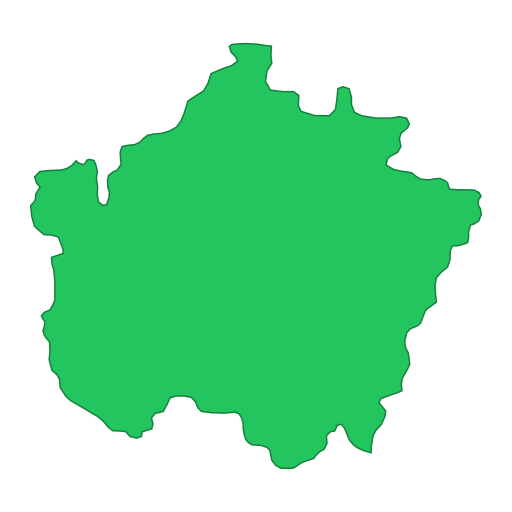 Dzyatlava, Grodno, Belarus
{"feature_id": "67162791B37208014069458", "entity_name": "Dzyatlava", "entity_type": "district", "adm_level": 2, "iso_a3": "BLR", "parent_name": "Belarus", "parent_adm1": "Grodno", "projection": "mercator", "projection_center": [25.377, 53.437], "detail": "fine", "context": "isolated", "style": "filled", "palette": "green", "viewbox_px": 512, "rotation_deg": 0, "n_neighbors": 0, "source": "geoboundaries", "source_scale": "gbopen_adm2", "svg_char_len": 3381}
<svg xmlns="http://www.w3.org/2000/svg" viewBox="0 0 512 512"><path d="M271.4,46.1L264.9,45.5L257.1,44.2L245.4,43.6L238.0,43.9L231.8,44.5L229.3,46.4L231.2,52.3L235.5,56.6L237.7,61.2L231.5,65.6L224.4,68.0L217.6,70.8L211.1,73.6L208.0,83.2L203.7,90.9L192.8,97.7L187.9,101.1L186.3,106.7L183.9,114.1L180.8,121.2L176.4,127.1L170.0,130.8L161.9,133.3L152.6,134.2L147.4,135.4L143.1,138.8L140.0,142.2L134.4,144.7L127.6,145.3L122.0,146.6L120.2,152.1L120.5,158.0L121.1,164.5L117.1,170.1L113.1,171.9L108.7,175.3L107.5,179.9L107.8,187.1L109.4,192.3L109.1,197.0L106.6,204.7L102.9,205.3L98.5,201.9L97.3,195.1L97.6,186.4L96.4,178.7L97.3,171.6L95.9,164.9L94.0,160.5L89.4,159.4L87.0,160.1L85.3,163.0L83.5,164.8L77.6,162.6L76.2,160.7L74.1,162.9L72.0,165.3L67.9,168.0L62.5,169.8L55.9,170.3L47.7,170.6L39.9,171.5L34.6,176.9L36.8,183.4L40.1,187.0L38.0,190.3L35.9,194.0L35.1,200.7L30.7,205.6L31.7,216.2L33.0,220.9L34.6,226.3L39.9,231.2L44.2,234.6L51.5,235.0L58.3,237.0L60.2,241.8L63.1,249.5L63.1,253.4L56.3,255.8L51.5,257.3L52.0,264.0L53.9,270.3L54.9,281.9L54.9,291.6L54.9,300.2L52.3,306.0L49.9,310.0L44.6,312.2L41.4,315.7L43.0,319.1L45.0,321.9L44.6,325.4L43.0,330.6L44.2,335.1L46.4,338.3L49.5,341.8L50.0,351.5L49.1,359.7L52.0,370.3L57.3,375.1L59.7,380.0L60.2,387.7L66.0,396.4L70.8,400.7L75.1,403.2L81.5,406.9L90.2,412.1L97.6,416.5L102.9,420.8L106.9,425.5L108.7,427.6L112.8,430.7L119.9,431.0L125.7,431.6L130.1,436.5L136.6,438.1L141.5,436.5L142.1,431.9L147.4,430.1L151.7,428.8L153.0,423.9L151.4,418.0L155.1,413.4L163.2,411.5L166.9,404.7L170.0,397.9L175.8,396.0L184.2,396.0L191.3,397.3L195.6,401.9L197.8,407.8L201.5,411.5L204.9,411.8L211.1,412.7L224.4,413.1L235.2,412.1L239.2,414.0L241.7,418.0L243.2,423.6L243.2,428.8L244.2,434.1L245.7,439.3L248.2,442.4L252.2,444.9L254.0,444.9L261.5,445.5L267.0,447.4L269.8,450.2L270.7,454.8L271.7,460.0L275.4,465.0L280.6,468.1L285.0,468.4L293.3,468.1L296.1,466.5L298.9,464.4L302.0,462.5L307.5,460.4L313.7,458.5L315.6,455.7L319.6,451.7L324.2,449.2L327.0,443.4L326.4,435.6L330.7,431.6L334.7,431.0L337.2,425.4L341.2,424.2L344.6,428.2L347.4,435.3L349.6,440.3L353.3,444.6L357.3,447.7L362.6,450.2L371.1,452.8L371.1,451.3L371.4,445.3L373.1,435.6L375.7,430.6L381.4,424.3L385.0,416.3L385.7,411.0L379.0,402.7L380.7,398.7L391.4,394.7L396.7,393.0L402.0,390.7L401.3,384.4L402.0,379.4L403.3,376.4L406.7,370.7L409.7,364.4L409.0,358.4L408.3,353.1L405.3,347.1L404.7,341.1L406.7,332.8L410.3,328.8L418.0,325.5L420.7,322.8L424.6,312.5L426.3,309.5L436.4,302.1L435.5,294.0L435.0,285.3L436.5,277.5L441.3,272.2L447.6,266.9L450.0,259.7L450.0,254.8L450.5,250.0L452.5,245.8L457.5,245.8L464.6,243.9L467.7,242.4L468.6,236.8L468.6,231.9L470.5,224.8L473.6,224.2L478.8,220.8L481.3,214.3L480.4,208.7L478.2,205.0L478.5,199.7L481.0,196.3L479.1,192.6L474.2,190.1L467.4,189.8L458.7,189.8L449.4,189.2L447.6,183.0L444.8,180.6L439.9,178.4L433.7,179.0L429.0,179.9L420.1,179.0L415.4,175.9L411.7,172.8L408.6,172.2L401.8,171.3L393.5,169.4L386.1,165.1L387.3,158.9L390.7,156.1L397.8,152.1L400.9,146.6L399.4,138.8L400.9,133.3L407.4,128.0L409.4,123.9L406.5,118.1L399.3,116.7L390.6,118.1L375.6,118.1L361.6,115.7L354.4,112.3L351.5,104.6L351.5,97.4L349.1,88.7L342.8,86.7L337.9,88.7L337.0,98.3L335.5,109.4L329.3,115.7L315.2,115.7L301.2,111.4L298.3,105.6L298.8,95.4L293.5,91.6L282.4,91.6L270.3,90.1L265.5,81.4L266.9,71.3L271.8,63.1L270.9,55.3L271.4,46.1L271.4,46.1Z" fill="#22c55e" stroke="#15803d" stroke-width="1.5"/></svg>